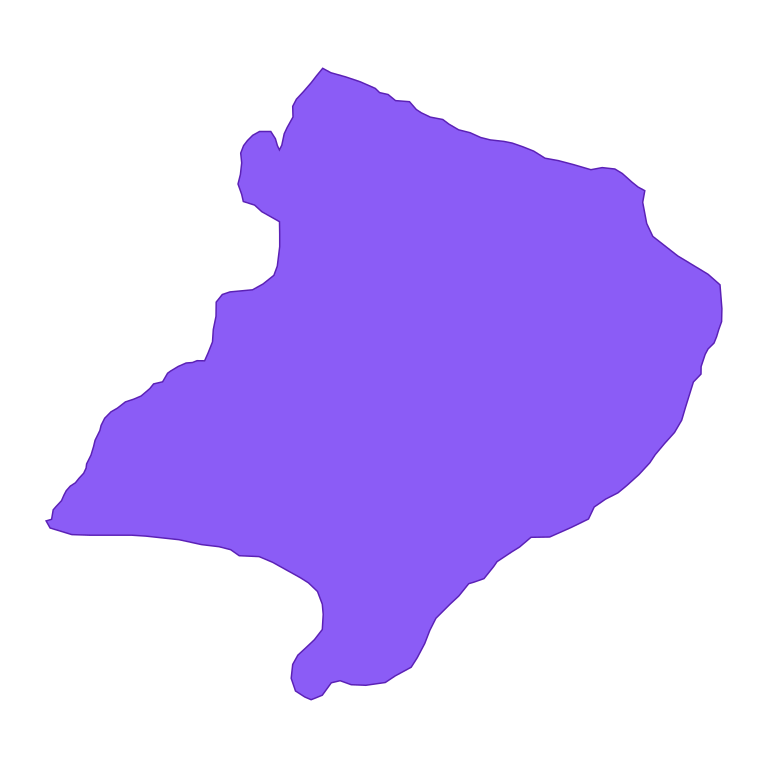 the district of Ismailli District, İsmayıllı, Azerbaijan
{"feature_id": "54616110B45290451128830", "entity_name": "Ismailli District", "entity_type": "district", "adm_level": 2, "iso_a3": "AZE", "parent_name": "Azerbaijan", "parent_adm1": "İsmayıllı", "projection": "equal_earth", "projection_center": [48.125, 40.803], "detail": "fine", "context": "isolated", "style": "filled", "palette": "violet", "viewbox_px": 768, "rotation_deg": 0, "n_neighbors": 0, "source": "geoboundaries", "source_scale": "gbopen_adm2", "svg_char_len": 2356}
<svg xmlns="http://www.w3.org/2000/svg" viewBox="0 0 768 768"><path d="M322.7,68.3L316.7,75.6L311.2,82.7L303.5,91.6L296.4,99.2L292.7,106.3L293.0,117.0L287.1,127.6L284.2,133.8L281.8,145.2L279.4,149.9L277.4,145.6L275.4,138.7L270.8,131.5L259.5,131.5L252.7,135.3L247.5,140.5L243.6,145.6L240.7,153.1L241.7,162.9L240.4,174.5L238.0,184.0L241.7,194.4L243.3,201.5L254.6,205.1L261.8,211.7L279.5,221.7L279.7,234.0L279.7,246.7L277.3,266.1L273.9,275.3L263.0,284.0L252.5,289.8L230.0,291.9L222.3,294.5L216.2,302.1L216.0,316.3L213.3,329.5L212.5,341.9L208.0,353.2L204.6,360.8L197.0,360.7L192.5,362.5L186.1,363.0L178.3,366.4L170.8,370.9L167.6,373.2L162.6,381.8L153.6,383.9L149.8,388.6L141.1,396.0L133.6,399.2L125.4,401.9L117.3,408.2L111.0,411.8L104.7,418.2L101.1,425.4L99.9,430.5L95.1,440.2L93.5,446.8L91.0,455.1L86.6,463.9L86.1,468.1L83.7,473.2L79.0,478.3L75.4,482.8L70.3,486.1L66.3,490.6L64.0,495.0L61.5,500.7L56.0,506.6L53.2,509.8L51.6,519.3L46.1,520.9L50.1,528.0L71.8,534.6L90.4,535.2L111.2,535.2L131.7,535.2L145.8,536.1L179.0,539.7L201.5,544.6L219.0,546.7L230.7,549.7L239.2,555.7L259.1,556.6L272.6,562.3L287.7,570.7L300.3,577.7L308.4,582.8L317.5,591.5L322.3,604.2L323.2,614.4L322.3,629.5L314.4,639.7L305.4,648.2L297.9,655.1L292.7,664.4L291.2,678.3L295.5,691.0L304.8,697.0L311.1,699.7L315.0,698.2L322.3,695.2L331.3,682.8L340.1,680.7L351.2,684.7L364.2,685.2L365.7,685.3L385.3,682.5L395.2,675.9L411.2,667.2L417.2,657.8L424.7,643.6L429.8,630.4L435.9,618.3L450.0,604.2L458.8,596.0L468.7,583.7L473.8,582.2L484.0,578.6L493.7,566.5L497.0,561.7L511.4,552.1L519.6,547.0L531.0,537.3L549.7,537.0L571.3,527.4L588.5,519.0L594.2,507.0L605.6,499.1L618.0,492.8L626.7,485.6L639.0,474.5L649.8,462.8L655.2,454.7L664.5,443.6L674.5,432.5L681.7,420.2L685.5,407.3L693.4,382.0L701.0,374.1L701.1,366.6L705.2,354.3L708.1,348.9L714.0,343.1L716.6,336.7L718.8,329.4L721.6,321.6L721.9,308.7L720.0,284.8L708.1,274.3L677.7,255.9L652.8,236.4L646.7,223.5L642.7,202.3L644.8,190.7L638.0,187.0L631.8,182.0L622.3,173.5L614.9,169.0L602.2,167.6L590.9,169.7L573.5,164.6L558.3,160.6L545.0,158.2L533.7,151.1L522.9,146.8L512.3,143.1L503.9,141.4L490.3,139.9L480.7,137.5L470.1,132.7L458.6,129.8L448.9,124.1L442.8,119.5L430.3,117.1L421.1,112.7L416.3,109.5L409.5,101.7L395.5,100.6L388.1,94.5L379.6,92.6L375.3,88.4L360.5,81.9L345.7,76.9L330.8,72.7L322.7,68.3Z" fill="#8b5cf6" stroke="#5b21b6" stroke-width="1.5"/></svg>